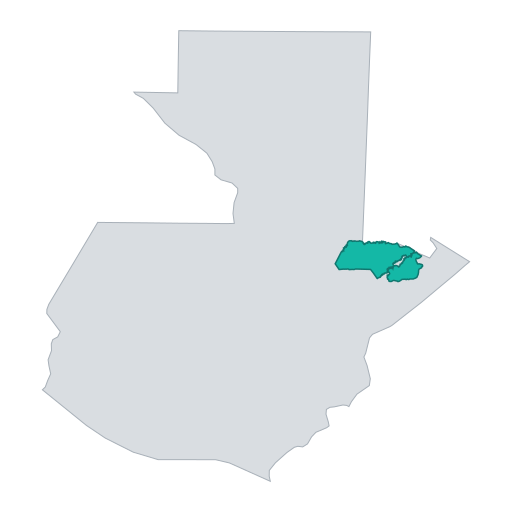 Lívingston, Izabal, Guatemala (highlighted)
{"feature_id": "79465075B12175852129517", "entity_name": "Lívingston", "entity_type": "district", "adm_level": 2, "iso_a3": "GTM", "parent_name": "Guatemala", "parent_adm1": "Izabal", "projection": "orthographic", "projection_center": [-89.005, 15.735], "detail": "fine", "context": "in_parent", "style": "filled", "palette": "teal", "viewbox_px": 512, "rotation_deg": 0, "n_neighbors": 0, "source": "geoboundaries", "source_scale": "gbopen_adm2", "svg_char_len": 7348}
<svg xmlns="http://www.w3.org/2000/svg" viewBox="0 0 512 512"><path d="M42.4,389.8L45.3,387.0L47.7,380.5L50.7,373.8L49.0,366.1L48.1,359.8L51.5,350.7L51.3,343.8L52.8,339.6L57.7,336.9L60.3,331.7L46.8,313.5L46.9,309.4L48.8,304.3L60.2,285.2L73.8,262.5L88.7,237.5L97.7,222.4L129.8,222.7L151.0,222.9L177.9,223.2L207.1,223.4L226.4,223.6L234.3,223.4L233.0,213.5L234.1,202.6L237.7,192.7L237.7,188.4L232.0,183.0L221.0,179.8L214.9,175.0L214.9,169.0L212.2,161.7L206.9,153.2L195.9,144.4L179.1,135.3L164.9,123.2L153.2,108.1L143.3,98.3L135.7,94.2L133.9,92.1L156.4,92.5L177.8,92.9L178.1,71.4L178.4,52.3L178.8,30.7L217.3,31.1L263.4,31.4L311.1,31.7L348.6,31.8L370.7,31.9L369.6,58.6L368.4,89.6L367.6,112.4L366.4,142.8L365.2,173.8L363.5,216.2L362.4,243.6L362.9,244.2L375.6,242.9L394.3,244.1L398.9,244.0L404.6,246.4L409.0,247.1L418.6,253.3L429.7,258.0L436.8,248.5L433.1,242.8L430.3,240.0L430.7,237.4L469.6,261.7L465.0,265.5L455.1,274.2L437.2,289.1L421.2,302.5L405.7,314.6L391.8,325.5L390.1,326.5L372.5,334.3L369.5,337.9L365.7,353.2L363.9,357.0L367.1,365.6L370.3,378.7L369.3,385.6L357.0,394.1L351.4,401.7L348.9,406.6L346.7,405.4L342.9,405.0L334.1,406.9L329.9,407.3L326.4,409.4L326.0,414.2L328.3,421.9L329.1,425.9L326.7,427.7L315.9,432.3L311.6,436.8L307.5,443.9L302.7,446.9L297.8,446.3L294.3,447.3L286.8,452.6L275.4,462.8L269.3,470.4L269.2,476.2L270.3,481.3L229.3,462.9L215.6,459.7L158.0,459.6L133.3,452.2L105.3,438.1L86.4,425.4L42.4,389.8Z" fill="#d9dde1" stroke="#a8b0b8" stroke-width="1"/><path d="M335.2,263.8L339.1,269.5L339.6,269.5L343.4,269.1L344.1,269.2L345.4,269.1L346.2,269.2L347.3,269.0L348.6,269.1L349.1,269.6L352.3,269.4L353.7,269.5L354.6,269.4L355.4,269.0L370.2,269.4L370.6,269.5L373.2,272.8L377.1,278.4L377.4,278.5L377.7,278.1L378.8,277.7L379.2,277.4L380.1,277.3L380.2,276.9L380.5,276.8L380.7,276.0L381.0,276.0L381.0,275.8L381.6,275.6L381.7,275.4L382.1,275.2L381.8,275.0L381.7,274.7L382.3,274.2L382.8,274.0L383.4,274.2L384.1,274.0L384.7,273.5L384.5,273.2L385.4,272.9L386.7,273.0L387.3,272.7L387.8,272.3L388.3,272.1L387.6,271.8L387.2,271.5L387.5,270.9L387.4,270.5L387.6,270.3L387.5,270.1L387.7,269.7L387.3,269.3L387.6,269.2L387.6,268.6L388.2,268.2L388.6,268.2L388.9,267.7L389.1,268.1L389.4,268.0L389.4,267.7L389.8,267.8L390.1,267.3L390.4,267.5L390.6,267.4L390.8,267.5L391.0,267.2L391.3,267.5L391.5,267.6L391.6,267.1L392.0,267.0L392.2,266.8L392.8,266.8L393.8,265.5L393.4,265.1L392.9,264.1L392.9,263.8L393.8,263.3L393.5,263.0L393.9,262.7L394.0,262.8L394.0,263.1L394.4,263.2L395.1,262.7L395.6,262.6L395.7,262.4L395.2,261.6L395.2,261.3L395.8,261.1L395.9,261.4L396.4,261.6L396.5,261.6L396.5,261.4L397.0,261.7L397.7,261.4L397.9,260.7L399.0,260.4L399.6,259.9L400.2,259.6L400.7,259.1L400.8,259.1L400.7,259.7L400.5,259.9L399.7,260.1L399.3,260.4L399.6,260.4L399.9,260.2L399.7,260.6L400.1,260.2L401.1,259.8L401.6,258.8L401.2,258.5L401.6,258.2L401.7,257.7L402.0,257.6L402.2,257.2L402.4,256.4L402.1,256.3L402.6,255.8L403.3,255.7L403.8,255.9L403.9,255.7L403.7,255.5L403.7,255.4L404.5,255.5L405.5,255.0L406.0,255.3L406.2,255.8L406.9,256.6L407.5,256.9L408.1,256.9L408.9,256.0L409.7,255.8L410.7,255.9L411.2,256.5L411.4,255.4L411.7,255.0L410.9,254.4L410.8,254.1L410.8,253.8L411.0,253.7L412.1,253.6L412.6,253.4L413.2,252.8L414.0,251.6L414.4,251.3L414.4,251.0L414.2,250.7L411.0,248.6L409.5,247.5L408.3,247.0L407.2,246.9L405.8,246.0L405.7,246.0L404.9,247.0L404.6,246.8L403.2,246.7L402.4,247.3L401.6,247.3L401.1,247.1L400.7,247.2L400.1,247.2L399.8,246.9L399.3,246.3L397.6,243.7L397.0,243.3L396.9,243.1L396.4,243.6L395.5,243.8L395.0,244.1L392.5,244.3L392.1,244.3L391.1,243.6L389.5,243.5L388.6,242.7L388.3,242.6L387.9,242.7L387.3,243.2L385.5,243.6L385.4,243.2L385.8,242.3L385.6,241.9L384.3,241.8L383.3,241.4L383.1,241.6L382.8,242.5L382.3,242.8L382.2,242.6L382.2,241.4L381.8,241.1L381.4,241.3L381.3,241.9L380.9,242.3L381.0,242.8L380.9,243.0L380.7,242.9L379.8,241.9L379.6,242.2L379.5,243.1L379.2,243.3L378.9,242.4L378.5,242.0L376.8,241.6L376.1,242.2L375.3,242.3L375.3,242.5L375.7,243.0L375.6,243.3L375.4,243.3L375.1,242.8L374.9,242.6L374.0,243.0L373.8,242.3L373.6,242.2L373.2,242.3L373.0,242.7L372.9,242.9L371.7,243.3L371.4,243.1L370.5,243.1L370.3,242.6L369.8,242.3L369.7,241.8L369.0,241.5L368.4,241.8L367.8,242.0L367.9,242.8L367.8,243.1L367.6,243.2L366.8,242.7L366.1,243.2L365.5,243.2L364.9,243.5L365.1,243.9L364.8,244.0L364.7,244.4L364.2,244.5L363.9,244.3L363.8,243.5L363.5,243.2L363.2,243.2L363.2,242.7L362.9,242.2L362.4,241.8L362.1,241.7L361.2,241.2L360.5,241.1L360.2,241.2L359.9,240.9L359.5,240.8L359.2,240.9L358.7,241.3L357.9,241.2L356.7,241.4L355.2,241.0L354.3,241.2L354.0,240.9L353.2,241.3L352.5,241.4L352.1,241.2L351.9,240.8L351.8,240.7L351.2,240.9L350.0,240.7L348.8,241.1L347.6,242.4L347.6,242.9L347.2,243.8L347.3,244.3L346.9,244.9L346.4,244.9L346.3,245.0L346.5,245.5L347.1,245.6L346.7,246.1L346.4,245.8L346.1,245.9L346.5,246.4L346.3,246.6L346.0,246.5L346.1,247.2L345.7,247.2L345.3,246.6L345.1,246.5L344.8,246.7L344.8,247.0L344.5,247.5L343.7,247.9L344.0,248.3L344.0,248.5L344.3,248.7L344.0,249.0L344.0,248.8L343.5,248.9L343.4,249.3L343.2,249.6L343.3,249.7L343.0,250.4L343.5,250.8L342.4,251.0L342.5,251.6L342.0,251.7L341.6,251.6L341.2,252.1L335.2,263.8ZM421.5,256.0L420.5,255.4L417.6,253.6L417.0,252.9L416.8,252.5L416.5,252.2L416.2,252.2L415.1,252.9L414.7,252.9L414.1,252.5L413.9,252.5L413.1,253.3L412.5,253.7L411.0,253.9L411.0,254.3L411.9,255.1L411.6,255.5L411.4,256.7L411.3,256.9L411.0,256.9L410.7,256.2L410.3,255.9L409.8,256.0L409.1,256.3L408.7,256.8L408.5,257.2L407.6,257.2L406.9,256.8L406.7,256.9L406.5,256.7L406.2,257.1L405.6,257.3L405.8,257.5L406.1,257.3L406.3,257.7L406.2,257.8L405.6,257.6L405.5,258.0L405.0,257.9L404.9,258.2L405.3,258.4L405.1,258.6L405.0,258.4L404.8,258.3L404.7,258.5L404.4,259.0L404.7,259.0L404.4,259.4L404.0,259.0L403.8,259.0L403.9,259.4L404.3,259.9L404.2,260.3L403.7,260.8L403.2,260.9L403.2,261.4L402.6,262.1L402.6,262.7L401.9,262.9L402.1,263.3L401.6,263.7L401.3,263.6L400.8,264.2L400.2,264.2L400.0,264.7L400.1,265.3L399.7,265.9L399.4,266.6L398.6,266.9L398.4,266.3L397.8,266.4L397.1,265.8L396.0,265.5L395.6,265.5L395.2,265.8L394.4,265.6L394.0,266.1L393.8,266.1L393.3,266.7L393.3,267.3L393.1,267.6L392.9,268.5L392.7,268.0L392.3,268.1L392.2,267.9L391.3,268.1L391.0,268.5L390.3,268.2L389.2,268.5L389.0,268.9L388.5,268.8L388.4,269.2L388.5,269.5L388.2,270.0L388.1,269.6L387.9,269.7L387.9,270.4L388.1,270.5L388.0,270.9L388.3,271.5L388.5,271.9L389.1,272.3L389.6,273.4L389.7,273.7L389.2,274.5L388.8,274.6L388.5,275.2L388.3,275.0L387.7,275.0L387.2,275.2L387.3,275.6L387.6,275.9L387.6,276.2L387.4,276.6L387.1,276.9L387.1,277.1L387.5,278.4L387.7,278.6L387.6,279.0L387.9,279.3L388.4,279.3L389.1,281.3L390.1,281.5L391.6,281.4L392.9,280.6L393.6,280.4L394.4,280.5L396.5,281.0L397.3,281.1L397.9,281.6L398.8,281.4L399.4,281.2L401.0,280.2L401.9,279.4L405.0,279.2L405.7,279.3L406.0,279.6L406.3,279.6L407.0,279.2L407.3,279.1L408.0,279.4L408.9,279.5L409.8,279.0L412.8,279.0L413.6,278.9L414.2,278.5L414.9,278.4L416.8,277.4L418.1,274.5L418.6,271.9L418.5,271.2L418.8,269.6L419.0,269.2L419.6,268.8L421.5,267.8L421.7,267.5L421.7,266.9L422.4,266.4L422.6,266.2L422.6,265.8L422.5,265.2L422.3,264.8L421.3,264.3L420.5,264.3L419.9,263.9L417.6,263.9L417.3,263.5L417.1,262.7L416.6,262.0L416.0,260.5L415.8,259.8L415.9,259.3L416.4,258.3L416.6,258.3L417.3,258.6L417.7,258.6L419.3,258.0L420.0,257.6L421.4,256.3L421.5,256.0Z" fill="#14b8a6" stroke="#0f766e" stroke-width="1.5"/></svg>